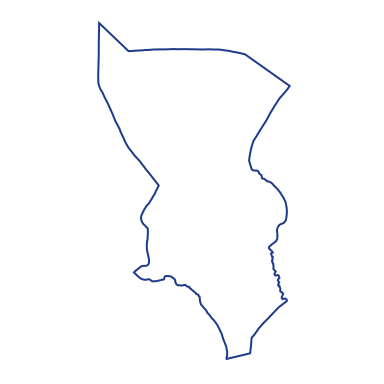 Chantrea, Svay Rieng, Cambodia, rotated 182°
{"feature_id": "14789045B26681024602209", "entity_name": "Chantrea", "entity_type": "district", "adm_level": 2, "iso_a3": "KHM", "parent_name": "Cambodia", "parent_adm1": "Svay Rieng", "projection": "albers", "projection_center": [106.102, 10.92], "detail": "fine", "context": "isolated", "style": "outline", "palette": "blue", "viewbox_px": 384, "rotation_deg": 182, "n_neighbors": 0, "source": "geoboundaries", "source_scale": "gbopen_adm2", "svg_char_len": 4433}
<svg xmlns="http://www.w3.org/2000/svg" viewBox="0 0 384 384"><g transform="rotate(182 192 192)"><path d="M246.0,111.1L247.2,109.5L245.7,108.3L244.4,107.0L243.0,105.8L241.7,104.8L240.0,103.6L238.0,102.9L235.6,102.6L233.1,103.1L231.9,103.4L230.0,102.3L228.6,101.3L226.4,101.5L224.4,101.7L221.8,102.4L220.3,102.8L219.0,103.3L217.5,103.4L217.0,103.9L216.5,105.8L215.9,106.9L213.9,107.2L212.3,107.2L211.5,107.0L210.4,106.8L209.5,106.6L208.8,106.0L208.2,105.4L207.0,104.8L206.2,104.1L205.6,102.6L205.5,101.2L204.2,99.1L203.1,98.4L202.1,98.3L200.8,98.3L199.0,98.1L197.4,98.6L195.7,99.0L194.5,98.1L193.8,97.5L192.4,97.1L191.6,97.1L191.0,96.6L190.8,95.7L189.7,95.1L188.6,94.2L187.5,93.3L186.0,92.2L184.9,91.3L184.5,90.5L183.2,89.9L182.1,89.5L181.6,88.3L181.0,87.8L180.6,87.2L180.6,86.1L180.2,83.2L179.2,80.2L178.7,79.4L177.7,78.6L175.9,76.3L173.8,74.4L173.1,73.1L172.4,71.8L171.4,70.9L169.8,69.2L168.2,67.0L166.1,65.0L164.0,62.6L162.3,60.3L160.6,57.4L159.2,54.7L157.3,51.1L155.8,46.4L152.7,39.4L151.2,33.6L151.3,29.0L151.7,27.6L151.5,26.4L128.3,32.8L127.8,38.4L127.6,42.1L127.3,48.4L124.6,51.7L120.5,58.1L116.0,63.5L112.0,67.8L105.6,75.0L101.2,79.9L94.2,85.7L93.3,86.6L93.5,87.3L93.8,88.0L95.3,88.8L96.5,88.6L97.7,88.1L98.5,88.8L98.7,90.0L98.2,91.0L97.7,92.5L97.4,93.3L98.2,94.7L99.2,94.9L100.4,96.1L100.3,97.6L100.5,98.9L101.0,99.8L101.4,100.4L101.2,101.0L101.8,101.4L102.6,101.8L102.3,102.5L102.5,103.2L102.2,103.8L101.7,104.7L102.6,105.9L103.2,106.9L102.2,108.6L101.6,109.1L102.2,110.8L102.7,111.8L103.7,112.0L104.8,111.5L105.6,111.5L106.6,112.3L106.6,113.5L106.2,114.1L105.6,115.5L106.7,116.5L107.5,117.4L108.0,118.0L108.0,118.7L107.8,120.3L108.3,121.9L108.1,122.8L109.0,124.0L109.3,125.3L109.8,126.1L109.1,127.2L109.1,128.3L109.5,128.9L109.0,129.9L109.9,130.7L110.3,131.7L110.9,133.2L110.1,133.8L109.2,134.3L109.7,135.2L110.9,136.4L111.8,137.1L113.2,138.6L113.1,139.7L111.2,141.7L108.6,143.9L106.6,145.5L105.2,147.9L105.1,150.5L105.3,153.4L105.8,156.6L105.1,159.8L103.5,162.2L102.1,163.0L99.5,164.1L98.0,165.7L97.1,167.4L96.7,170.6L96.5,174.0L96.6,177.6L97.0,180.3L97.7,183.1L98.2,185.3L99.2,187.3L100.6,189.8L102.5,192.5L104.3,195.2L107.0,198.2L110.6,201.6L112.4,203.5L114.9,205.0L117.2,205.2L118.3,206.3L120.4,207.7L121.1,207.8L121.9,207.9L122.7,208.5L122.7,210.1L123.3,211.3L124.6,212.1L125.6,213.0L126.4,215.0L127.6,215.6L129.6,215.6L132.1,215.9L133.3,217.1L133.8,218.7L134.6,221.0L135.2,222.5L135.4,223.4L135.6,224.0L136.0,225.3L135.8,228.5L135.1,233.3L134.1,239.1L132.3,245.3L129.7,249.6L126.3,255.8L123.0,261.4L120.2,266.1L116.2,274.2L112.5,280.8L107.7,288.8L104.3,292.8L100.6,297.5L98.1,301.4L143.6,331.3L144.4,331.6L145.7,331.8L146.8,332.1L147.8,332.3L149.4,332.6L151.8,333.0L153.9,333.3L155.7,333.5L157.6,333.9L161.2,334.5L164.0,334.7L166.6,335.0L169.8,335.3L173.1,335.2L176.5,335.2L180.0,335.2L184.4,334.9L187.2,334.8L191.4,334.7L194.8,334.7L199.3,334.6L205.0,334.5L208.7,334.3L212.6,334.2L215.5,334.2L218.3,334.0L223.4,333.6L227.0,333.5L230.7,333.3L235.0,333.1L239.3,332.6L243.9,332.2L248.0,331.7L251.7,331.4L255.6,331.0L258.8,330.6L260.4,330.6L290.7,357.6L290.4,339.2L290.0,325.9L289.8,306.0L289.7,302.6L289.5,299.7L289.2,296.7L288.9,295.9L288.3,294.2L287.2,291.7L286.0,289.8L284.7,287.9L283.9,286.1L283.0,284.4L281.8,282.0L280.6,280.0L279.6,278.3L278.4,275.9L277.3,273.7L275.9,270.8L275.0,269.0L273.7,266.3L272.6,263.6L271.6,261.5L271.0,259.9L270.0,258.5L269.1,256.8L268.4,255.9L267.5,254.0L266.6,252.4L266.1,251.4L265.7,250.1L265.0,248.7L264.4,247.5L263.6,246.0L262.9,244.7L261.8,242.6L260.7,240.0L259.4,237.8L258.4,236.3L257.4,234.6L256.0,232.9L254.6,231.3L252.5,228.7L250.5,226.2L247.8,223.6L245.2,220.9L243.0,218.1L241.2,216.1L239.7,214.1L238.0,212.1L235.7,209.6L231.0,203.9L225.5,197.4L225.8,196.7L226.1,196.0L226.5,194.9L227.0,194.0L227.6,192.7L228.5,190.7L229.0,189.1L230.4,186.9L231.4,184.9L232.5,182.8L233.8,180.9L234.5,179.3L236.6,177.0L238.2,174.4L239.1,172.9L240.0,170.9L240.6,169.4L241.4,167.7L241.8,166.7L242.1,164.7L241.9,162.9L241.4,161.5L240.6,159.8L239.3,158.0L238.1,157.1L237.0,156.0L235.7,154.8L234.9,153.7L234.8,152.2L234.7,150.5L234.7,148.1L234.7,146.0L234.9,144.7L234.6,143.0L235.1,141.7L235.2,140.1L235.3,137.0L235.2,134.4L234.9,132.0L234.3,129.8L233.6,127.1L233.0,124.7L232.6,123.1L232.5,120.9L232.6,119.6L232.8,118.8L233.4,117.8L234.8,116.8L236.0,116.5L238.3,116.5L239.9,116.0L240.8,115.4L242.3,114.1L243.7,113.0L245.0,111.7L246.0,111.1Z" fill="none" stroke="#1e3a8a" stroke-width="2"/></g></svg>